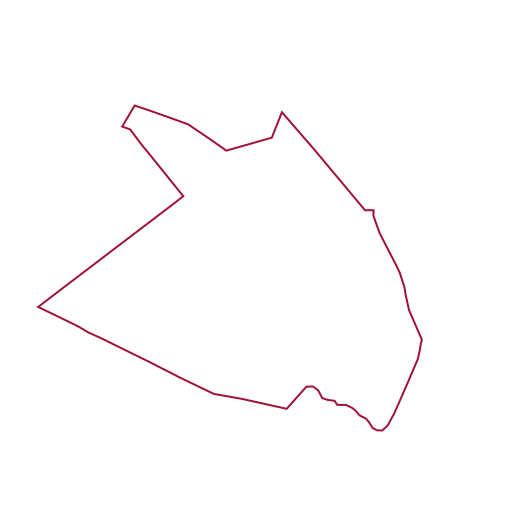 outline of Geminiano, Piauí, Brazil, rotated 200°
{"feature_id": "56859067B90683897163766", "entity_name": "Geminiano", "entity_type": "district", "adm_level": 2, "iso_a3": "BRA", "parent_name": "Brazil", "parent_adm1": "Piauí", "projection": "orthographic", "projection_center": [-41.357, -7.203], "detail": "fine", "context": "isolated", "style": "outline", "palette": "rose", "viewbox_px": 512, "rotation_deg": 200, "n_neighbors": 0, "source": "geoboundaries", "source_scale": "gbopen_adm2", "svg_char_len": 943}
<svg xmlns="http://www.w3.org/2000/svg" viewBox="0 0 512 512"><g transform="rotate(200 256 256)"><path d="M161.1,339.1L165.4,337.8L169.1,336.2L237.4,375.8L280.8,400.0L281.3,384.6L281.6,372.6L319.9,344.9L338.2,349.8L364.7,356.5L376.4,356.5L404.2,356.3L421.5,355.9L426.0,331.9L417.5,331.9L404.2,323.2L400.1,320.6L390.8,315.1L344.8,287.3L353.3,273.8L426.5,159.9L443.3,133.6L405.2,129.7L397.8,128.8L387.2,126.8L373.6,125.8L336.3,121.7L321.0,120.1L285.8,115.7L248.3,112.0L219.9,117.0L174.9,122.9L165.8,145.8L163.9,150.4L157.8,152.9L151.6,151.0L145.1,145.1L139.3,145.3L132.6,146.8L128.7,143.9L120.5,146.8L114.0,146.2L109.9,144.9L104.3,141.7L97.0,140.8L92.6,138.2L87.5,134.2L82.3,133.6L77.6,135.3L74.3,141.8L72.2,155.8L71.4,168.2L70.9,176.0L70.3,185.4L68.7,214.5L70.0,224.5L70.9,228.6L71.5,234.1L93.7,257.5L101.6,269.9L105.8,277.3L114.9,289.1L120.5,294.7L147.7,319.8L159.4,333.9L161.1,339.1Z" fill="none" stroke="#9f1239" stroke-width="2"/></g></svg>